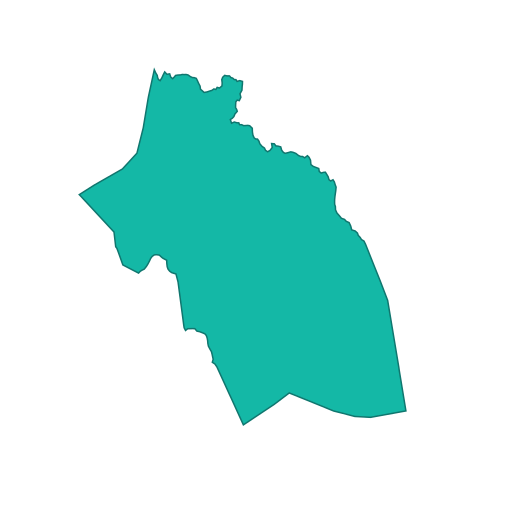 Miguel Calmon, Bahia, Brazil, rotated 196°
{"feature_id": "56859067B28508541952770", "entity_name": "Miguel Calmon", "entity_type": "district", "adm_level": 2, "iso_a3": "BRA", "parent_name": "Brazil", "parent_adm1": "Bahia", "projection": "equal_earth", "projection_center": [-40.57, -11.422], "detail": "fine", "context": "isolated", "style": "filled", "palette": "teal", "viewbox_px": 512, "rotation_deg": 196, "n_neighbors": 0, "source": "geoboundaries", "source_scale": "gbopen_adm2", "svg_char_len": 2975}
<svg xmlns="http://www.w3.org/2000/svg" viewBox="0 0 512 512"><g transform="rotate(196 256 256)"><path d="M197.7,118.3L186.3,133.5L151.1,129.8L142.2,128.8L138.5,128.4L129.8,128.7L116.8,129.0L101.4,132.5L69.2,148.4L86.9,185.8L88.1,188.5L117.2,249.6L129.3,265.7L139.1,278.3L153.8,297.3L156.3,300.1L159.2,300.9L160.9,302.5L163.4,304.0L164.8,306.0L167.6,307.4L171.2,307.5L173.2,310.9L175.7,313.8L178.8,314.2L181.0,315.6L184.3,315.8L186.1,317.1L187.6,318.1L190.0,319.6L192.3,322.3L193.3,325.4L194.6,327.3L195.4,329.8L196.0,332.1L196.6,335.4L197.3,340.6L198.0,344.3L199.5,346.3L201.1,348.8L203.0,350.5L204.9,348.7L206.9,349.5L208.5,352.1L210.3,353.8L212.4,355.7L214.2,355.0L216.2,353.7L218.5,354.7L219.8,357.4L222.1,357.6L225.7,357.9L228.4,359.0L230.0,363.1L232.2,365.5L234.2,366.6L236.3,363.8L238.7,364.5L240.5,364.0L242.8,364.3L246.0,365.6L249.1,365.9L251.3,365.7L254.0,364.0L256.4,362.7L258.3,363.2L260.5,364.8L262.3,367.7L265.1,367.7L267.2,367.3L269.3,368.9L272.0,368.4L270.3,364.8L271.6,361.4L273.6,359.4L276.0,360.2L277.6,362.1L280.5,363.1L283.3,365.0L284.8,367.2L286.8,368.8L288.6,368.4L290.3,369.0L292.3,371.4L293.6,374.2L294.8,377.8L298.0,379.5L299.9,379.3L302.0,378.5L303.9,377.9L306.0,378.3L308.0,377.7L309.3,379.3L311.0,378.8L313.8,378.8L316.1,376.9L318.3,380.1L316.8,381.8L315.7,383.9L315.4,386.7L313.9,389.9L315.1,391.7L316.5,392.9L317.2,395.5L317.9,398.7L317.0,400.7L314.9,400.7L314.3,404.4L316.1,407.5L315.2,411.5L316.0,414.9L316.4,417.4L317.1,420.1L320.0,420.1L322.3,418.6L323.9,420.0L325.5,419.6L327.5,420.6L329.3,420.6L331.1,421.8L333.7,421.1L335.9,421.0L337.3,418.6L337.5,416.1L336.2,413.0L335.6,410.1L337.4,407.4L339.8,407.4L340.5,405.0L342.5,405.0L344.1,403.0L345.7,402.0L348.3,400.2L351.0,398.9L353.3,400.1L355.3,401.0L356.6,403.9L358.8,406.2L360.8,408.6L362.4,410.3L364.6,410.4L366.3,410.0L368.7,410.4L371.2,411.3L373.3,411.2L375.0,410.6L376.9,410.2L378.6,409.2L380.8,408.5L383.1,407.4L383.9,405.5L385.0,403.5L387.3,404.5L389.2,407.3L391.7,406.1L394.5,407.8L395.1,404.7L395.6,401.3L396.5,398.1L398.5,398.8L399.8,400.5L400.7,402.4L402.8,404.3L405.1,407.0L403.3,379.7L403.0,376.7L399.7,348.0L398.8,322.0L408.4,302.8L431.0,279.6L442.8,266.3L440.9,265.2L437.3,263.0L399.1,239.9L393.4,226.2L391.9,225.1L389.3,221.6L381.5,210.7L364.2,207.2L363.1,209.3L361.8,210.8L359.8,212.6L358.5,215.7L357.7,218.5L357.0,221.9L356.6,224.6L355.7,227.0L354.0,229.1L351.7,229.9L349.1,230.2L346.6,228.9L344.9,228.2L343.1,227.8L340.7,227.3L339.7,224.3L338.4,221.2L336.9,219.1L334.8,217.6L332.6,216.8L330.4,216.7L328.0,216.7L323.8,209.6L321.4,204.1L308.3,174.0L306.8,170.5L305.3,167.2L303.2,165.0L301.6,167.3L299.9,167.8L297.4,168.6L294.8,169.3L292.1,167.5L289.3,167.7L286.0,167.4L283.7,167.1L281.9,165.9L280.4,163.8L279.2,161.4L278.1,158.5L276.9,156.2L274.5,153.7L272.5,151.8L271.1,149.4L270.0,147.3L268.7,144.9L268.7,141.8L265.8,140.9L263.0,138.6L252.8,126.7L243.5,115.8L240.7,112.6L221.6,90.2L204.0,110.9L197.7,118.3Z" fill="#14b8a6" stroke="#0f766e" stroke-width="1.5"/></g></svg>